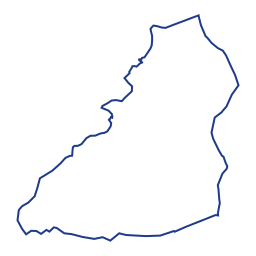 the district of Azum, Central Darfur, Sudan
{"feature_id": "16777658B93719594104494", "entity_name": "Azum", "entity_type": "district", "adm_level": 2, "iso_a3": "SDN", "parent_name": "Sudan", "parent_adm1": "Central Darfur", "projection": "mercator", "projection_center": [22.965, 12.946], "detail": "fine", "context": "isolated", "style": "outline", "palette": "blue", "viewbox_px": 256, "rotation_deg": 0, "n_neighbors": 0, "source": "geoboundaries", "source_scale": "gbopen_adm2", "svg_char_len": 2684}
<svg xmlns="http://www.w3.org/2000/svg" viewBox="0 0 256 256"><path d="M218.1,215.4L218.0,214.6L217.8,213.9L218.8,208.1L219.8,203.1L219.2,198.7L218.5,189.4L217.8,185.2L219.4,181.2L222.5,173.5L226.7,168.8L227.3,166.4L225.5,162.5L223.5,156.7L221.9,155.7L218.6,150.0L213.2,138.8L211.5,132.7L212.8,126.5L214.7,117.6L221.7,112.2L222.8,110.7L226.5,106.5L231.8,94.7L238.5,85.3L235.1,75.1L230.7,65.8L226.1,55.5L222.8,50.6L218.0,48.2L211.6,43.0L207.8,38.3L205.5,36.0L201.1,25.6L200.7,24.3L198.5,15.5L198.5,15.4L191.5,18.0L177.2,23.4L175.6,24.0L174.9,24.3L173.7,24.7L168.9,26.6L166.2,27.6L165.9,27.7L165.8,27.8L165.7,27.8L165.4,27.9L165.2,27.9L163.8,27.7L162.1,27.6L160.9,27.3L158.3,26.5L156.8,26.1L153.8,25.6L153.4,25.6L152.1,26.9L150.8,28.6L150.5,28.9L150.9,31.0L152.1,35.9L152.1,40.1L152.1,40.8L151.8,44.2L151.7,45.3L151.7,45.5L151.3,46.4L150.3,48.8L149.1,50.5L147.8,52.5L145.1,56.4L144.9,56.6L144.5,57.3L143.2,57.6L142.0,57.9L141.7,58.6L141.4,59.3L140.6,59.3L140.0,59.4L139.2,59.3L139.0,59.8L139.5,60.4L139.9,60.5L140.0,60.8L141.6,61.6L142.1,62.5L141.4,62.9L140.6,62.9L136.6,66.6L134.3,66.1L132.5,66.2L132.3,66.7L131.6,68.1L129.2,72.0L129.6,73.2L126.6,76.0L124.5,78.1L128.4,82.9L132.1,86.3L131.8,91.3L124.5,98.1L121.8,101.2L116.3,100.1L111.6,100.5L107.6,103.2L102.4,106.0L101.6,107.8L108.5,110.6L111.8,114.0L112.4,116.7L112.2,117.7L111.8,117.5L111.4,117.3L111.1,117.2L111.1,117.3L110.8,117.6L110.4,118.2L110.3,118.3L110.1,118.5L110.0,118.8L109.9,118.8L109.8,119.0L109.6,119.1L109.3,119.3L109.2,119.4L109.1,119.5L108.9,119.6L108.9,119.8L109.0,119.9L110.4,121.9L110.5,122.1L110.9,122.6L111.1,122.8L111.2,123.1L111.0,124.2L110.7,126.2L110.6,126.4L109.3,128.4L109.1,128.7L108.2,130.0L107.9,130.5L107.5,131.0L107.4,131.3L105.7,132.2L105.3,132.4L104.6,132.7L104.3,132.9L104.2,132.9L103.9,132.9L103.1,133.0L102.7,133.1L101.8,133.3L101.6,133.3L100.7,133.4L100.5,133.5L100.4,133.5L100.1,133.7L98.4,134.3L95.4,135.6L93.3,135.7L90.4,135.8L86.3,138.2L85.2,139.6L84.5,140.5L83.9,141.2L83.6,141.6L81.9,143.6L81.6,144.0L81.4,144.2L79.9,144.9L77.6,145.9L76.6,145.9L76.0,145.9L74.4,145.9L74.2,146.1L73.8,146.5L73.1,147.0L72.9,147.3L72.5,150.7L72.3,153.4L72.1,155.7L69.7,155.9L65.6,157.8L63.8,159.7L60.6,163.3L52.3,170.7L39.9,178.3L39.5,179.9L37.4,187.8L35.4,193.9L34.7,196.3L33.9,197.0L28.3,202.6L22.2,206.1L18.9,209.9L18.8,210.4L17.5,220.3L22.1,228.9L26.1,234.3L31.2,230.8L36.4,231.0L41.1,233.9L46.4,229.9L49.4,231.6L53.8,227.4L56.6,227.9L64.3,233.3L71.5,234.1L82.8,237.0L94.3,238.9L102.6,237.2L110.3,240.6L119.2,233.3L126.1,235.0L145.6,236.1L160.2,235.6L174.0,231.0L174.7,231.7L178.6,230.0L185.9,226.8L215.4,215.1L217.2,215.3L217.6,215.3L218.1,215.4Z" fill="none" stroke="#1e3a8a" stroke-width="2"/></svg>